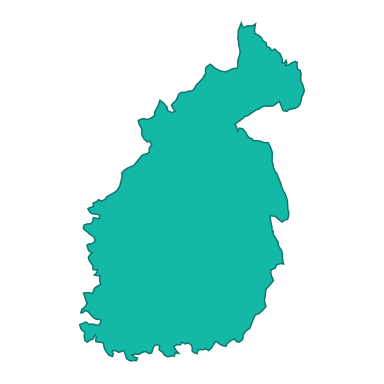 outline of Boa Vista do Cadeado, Rio Grande do Sul, Brazil
{"feature_id": "56859067B11597481085294", "entity_name": "Boa Vista do Cadeado", "entity_type": "district", "adm_level": 2, "iso_a3": "BRA", "parent_name": "Brazil", "parent_adm1": "Rio Grande do Sul", "projection": "orthographic", "projection_center": [-53.842, -28.628], "detail": "fine", "context": "isolated", "style": "filled", "palette": "teal", "viewbox_px": 384, "rotation_deg": 0, "n_neighbors": 0, "source": "geoboundaries", "source_scale": "gbopen_adm2", "svg_char_len": 4798}
<svg xmlns="http://www.w3.org/2000/svg" viewBox="0 0 384 384"><path d="M87.9,208.7L89.2,211.2L91.3,213.4L94.6,214.1L97.5,214.4L99.8,215.3L99.3,218.5L96.8,218.4L93.3,217.6L92.9,221.4L90.8,223.9L87.3,223.9L84.2,225.0L83.2,228.2L84.8,230.1L87.1,231.7L89.0,233.6L90.9,234.9L93.4,236.6L94.8,238.7L94.8,241.6L91.9,243.7L89.3,243.9L87.0,245.1L88.0,249.1L89.4,251.4L92.2,253.0L89.9,254.8L88.3,257.5L89.2,260.3L91.2,263.5L92.9,265.5L93.0,269.5L95.3,269.9L97.5,269.8L96.8,272.7L94.3,275.0L97.4,275.6L100.1,276.0L99.5,280.0L100.8,284.4L97.7,285.9L94.8,287.9L93.2,291.2L92.7,293.7L89.7,292.8L86.9,292.7L83.5,293.1L84.5,295.9L85.6,299.2L87.0,302.7L86.0,305.5L84.4,307.5L81.9,309.2L80.8,312.9L83.1,312.7L84.7,310.4L88.4,311.9L91.4,315.5L93.7,317.9L96.4,319.3L99.0,319.3L101.0,320.5L100.4,323.1L98.3,325.3L95.6,324.8L92.4,324.1L88.9,324.3L86.1,322.0L82.5,323.6L79.7,324.6L80.8,328.5L82.5,330.7L84.7,332.2L84.2,336.8L85.0,340.6L87.5,342.2L90.2,339.9L92.7,339.4L94.0,337.3L95.2,335.0L96.6,337.0L95.6,339.3L96.0,341.8L99.6,342.1L103.5,343.0L104.0,346.9L105.0,349.9L106.6,352.1L109.0,355.3L112.4,356.4L113.3,354.0L112.1,351.8L114.0,350.3L116.4,351.1L118.6,352.4L121.5,351.4L123.9,350.7L125.4,354.9L126.6,358.6L129.1,360.4L131.4,361.0L133.8,360.3L136.2,360.8L137.6,358.2L134.5,357.0L132.0,354.9L135.0,354.2L139.0,354.3L143.0,352.1L145.5,351.5L149.0,353.5L151.6,352.9L152.9,349.0L154.3,345.5L157.2,344.8L159.6,345.7L159.1,349.9L162.4,352.1L164.7,355.4L168.1,356.8L171.5,355.9L174.4,356.1L175.1,353.0L178.8,353.4L176.2,350.6L173.8,346.5L176.8,344.7L180.6,344.7L181.9,342.2L185.0,343.9L188.3,342.9L191.3,345.0L192.3,347.6L192.1,351.1L194.4,352.8L197.1,353.6L198.2,349.9L200.7,349.6L203.1,349.7L206.2,348.9L208.6,350.6L211.4,348.2L213.2,345.0L215.8,341.3L218.3,343.0L220.3,344.5L223.1,345.7L225.9,346.3L227.2,343.7L229.5,341.6L232.7,339.5L235.2,339.4L236.5,341.7L239.3,342.1L242.6,339.6L243.3,335.1L245.0,332.0L247.1,330.1L249.6,328.7L251.6,323.6L253.3,319.2L254.7,316.0L256.3,314.3L258.6,313.7L261.3,311.6L263.8,309.1L266.0,306.5L265.0,303.4L264.4,300.6L265.0,297.5L265.5,293.5L265.9,289.3L268.7,286.3L273.5,280.6L272.5,277.9L271.2,275.7L270.8,272.4L271.0,269.8L275.3,268.2L276.5,264.8L280.6,263.5L283.6,264.0L282.6,259.9L282.4,254.8L281.8,251.1L280.3,248.6L278.5,245.7L278.0,241.8L276.0,238.7L273.2,234.2L273.3,231.6L272.0,229.4L271.8,226.3L270.7,221.1L270.0,215.7L275.3,216.3L277.4,218.4L282.1,222.1L284.5,220.1L287.6,219.3L288.6,215.7L288.8,212.6L287.9,209.5L287.6,204.3L287.4,201.1L286.6,197.9L285.1,193.8L283.2,190.5L281.6,186.8L280.5,182.6L279.3,179.8L278.2,177.0L277.3,174.5L275.8,172.3L274.3,169.8L273.5,167.4L273.0,164.1L272.0,161.0L272.2,157.4L272.3,152.3L271.0,148.7L269.9,145.8L268.3,142.6L265.6,142.6L263.3,142.5L260.5,141.2L256.9,140.7L253.4,140.6L251.7,138.4L249.2,137.9L247.5,135.7L245.5,132.1L242.7,128.9L239.3,128.1L237.6,131.2L236.5,126.8L234.9,124.5L237.5,122.3L240.4,120.3L242.3,118.8L244.7,116.6L247.7,115.7L250.8,113.4L254.1,111.3L256.6,109.7L259.1,109.0L261.0,107.5L264.3,106.0L267.4,106.2L270.3,106.1L273.3,105.8L276.1,103.8L279.4,101.3L283.0,110.6L286.8,111.4L289.1,109.5L292.3,108.8L295.1,108.3L297.6,107.0L299.5,105.0L300.6,102.2L301.3,99.7L301.6,97.1L303.2,94.3L304.3,90.8L303.4,87.0L302.2,83.5L300.8,81.1L300.7,77.7L301.1,74.2L300.3,70.6L297.6,69.3L297.0,65.4L297.2,62.2L294.8,61.4L291.5,63.1L288.3,65.0L285.4,65.5L286.8,62.9L286.0,60.4L284.2,63.0L281.9,62.8L282.6,60.2L281.6,57.6L279.9,53.4L277.4,51.8L274.8,49.0L271.9,50.7L269.6,47.6L266.8,46.6L266.1,42.8L262.9,40.8L261.6,37.9L259.0,35.5L254.8,33.4L254.6,29.5L255.0,26.7L255.5,23.9L252.2,26.1L250.0,25.7L246.6,26.0L244.6,27.6L242.5,26.4L241.3,23.0L239.7,26.9L238.3,30.5L238.2,34.5L237.8,38.3L238.5,40.8L238.7,44.6L239.7,48.7L240.1,52.0L239.6,55.0L238.5,57.9L238.0,60.4L237.6,63.0L237.9,65.9L237.3,68.4L234.7,68.2L232.1,69.0L229.6,70.2L225.5,71.9L221.5,71.2L218.3,70.0L214.8,68.1L212.4,65.9L210.3,64.2L208.3,65.6L206.3,67.0L205.4,69.9L205.7,73.5L204.1,75.7L203.1,77.9L201.0,80.2L198.8,82.6L196.6,84.6L194.8,87.7L192.5,90.8L189.9,91.0L187.6,91.5L184.6,92.4L181.7,92.3L178.9,93.9L177.4,97.3L175.9,100.6L172.9,103.2L171.4,105.3L173.2,108.6L175.0,111.3L172.4,112.6L170.0,111.8L167.7,110.8L167.0,107.1L163.7,103.2L160.0,100.3L158.4,105.0L156.5,108.7L154.8,111.9L154.5,115.6L151.2,117.9L147.8,119.6L145.6,119.0L143.3,118.7L140.8,119.3L138.2,120.5L139.2,124.4L140.9,127.1L141.9,129.8L141.6,133.5L142.5,136.3L143.9,138.9L147.3,142.0L149.8,141.1L151.7,144.8L149.3,148.0L149.1,152.7L146.4,153.8L143.0,154.8L140.8,156.7L138.8,159.3L136.1,162.5L134.1,165.3L127.4,168.2L124.0,170.5L121.7,173.0L122.2,175.7L121.6,179.1L120.7,182.3L119.9,185.7L118.0,189.2L115.7,191.6L112.4,193.6L109.9,195.1L106.6,196.9L104.6,199.8L101.4,201.0L98.6,199.7L96.3,201.8L93.1,203.0L93.3,206.6L90.2,207.4L87.9,208.7Z" fill="#14b8a6" stroke="#0f766e" stroke-width="1.5"/></svg>